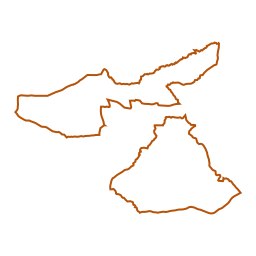 outline of Masasi, Mtwara, United Republic of Tanzania
{"feature_id": "72390352B56058142056871", "entity_name": "Masasi", "entity_type": "district", "adm_level": 2, "iso_a3": "TZA", "parent_name": "United Republic of Tanzania", "parent_adm1": "Mtwara", "projection": "orthographic", "projection_center": [38.96, -10.762], "detail": "fine", "context": "isolated", "style": "outline", "palette": "amber", "viewbox_px": 256, "rotation_deg": 0, "n_neighbors": 0, "source": "geoboundaries", "source_scale": "gbopen_adm2", "svg_char_len": 5840}
<svg xmlns="http://www.w3.org/2000/svg" viewBox="0 0 256 256"><path d="M240.6,192.8L237.8,189.3L235.8,187.3L234.3,185.3L233.2,184.3L231.3,181.5L231.0,181.2L229.5,181.2L228.9,179.9L228.3,179.6L227.9,179.0L225.9,178.4L225.0,178.7L224.3,178.7L223.4,178.1L223.2,180.6L223.0,181.1L222.8,181.2L218.7,180.8L218.2,180.4L218.8,178.8L220.4,176.5L220.2,175.3L219.6,174.8L216.9,175.2L216.3,175.0L215.8,174.2L215.5,171.2L214.2,170.5L213.2,170.3L212.4,169.6L209.6,166.3L209.3,165.2L209.5,163.4L208.8,159.1L207.7,155.9L207.0,152.5L205.5,148.8L204.0,146.3L203.4,145.4L202.0,144.1L200.6,143.8L199.1,144.1L197.7,143.0L197.1,142.2L196.2,138.6L195.0,138.0L193.7,137.8L192.9,137.4L191.8,135.8L189.0,133.8L189.1,131.9L189.5,130.8L190.8,129.7L191.2,128.8L194.1,126.5L195.1,126.1L195.2,125.7L195.1,125.1L194.8,125.0L191.0,124.9L190.2,123.7L188.7,122.9L186.4,120.2L185.3,115.2L182.9,118.1L181.9,118.4L180.1,117.3L177.8,117.8L172.5,117.0L171.8,117.1L171.1,117.7L169.6,116.8L167.5,117.1L166.3,117.0L165.7,117.4L165.9,117.9L165.5,119.2L164.6,120.4L164.7,121.6L164.4,123.2L163.1,124.7L163.0,125.3L154.7,125.3L154.6,126.4L155.3,127.8L155.5,128.6L154.2,130.7L154.1,131.2L154.5,133.3L155.2,133.9L155.8,135.1L156.4,135.6L156.2,137.1L155.0,138.6L154.4,139.0L153.9,140.0L152.0,141.2L151.6,142.2L149.6,145.0L148.2,146.0L147.5,148.4L144.1,147.7L141.4,148.0L140.8,148.5L140.1,149.7L140.1,150.2L140.3,150.5L140.2,150.8L140.6,151.1L140.5,151.3L140.7,151.6L140.0,151.7L139.7,152.7L139.1,153.1L139.3,153.9L139.1,154.3L139.7,154.6L139.8,154.9L138.9,155.9L138.8,156.6L137.9,157.9L137.4,158.3L137.1,159.0L136.1,159.4L135.9,159.8L135.5,160.1L135.4,161.6L133.2,163.4L133.6,164.8L133.4,165.4L131.1,166.6L130.3,167.5L128.8,168.8L127.6,169.4L125.1,169.9L124.4,170.2L122.7,171.6L117.1,175.0L113.8,177.7L113.0,178.0L112.1,179.1L111.4,180.9L110.3,185.6L110.2,186.6L110.4,189.3L112.3,189.3L113.3,188.9L113.8,189.2L115.2,190.6L116.1,192.6L116.0,193.5L116.7,194.1L118.3,194.1L120.2,194.9L121.1,195.6L122.1,197.3L122.6,197.7L124.0,197.8L125.7,199.9L127.5,201.5L130.3,201.2L132.8,202.2L133.0,202.6L133.3,204.6L133.5,204.9L134.4,204.9L134.8,205.2L135.5,206.3L135.0,207.2L136.7,207.8L137.2,210.1L137.8,211.1L139.3,212.0L139.9,212.7L140.3,212.4L142.1,211.9L145.1,211.9L149.6,211.1L151.0,211.3L153.4,212.2L156.4,212.4L157.6,212.7L163.2,211.7L165.5,212.0L167.6,211.7L170.6,210.9L175.1,210.4L178.3,209.6L183.2,209.4L186.7,208.5L189.2,207.1L191.1,206.9L194.0,207.4L197.9,209.2L200.3,209.7L209.0,213.1L210.6,213.4L212.8,213.3L214.5,212.7L218.8,209.4L222.1,208.0L228.1,203.2L229.3,201.7L231.0,199.1L232.3,197.7L234.4,196.2L240.6,192.8ZM194.5,50.3L195.3,51.4L195.9,53.4L195.6,53.6L193.8,52.9L191.1,53.5L190.9,54.4L189.3,54.2L188.4,55.2L187.4,57.1L186.2,57.7L185.2,58.0L184.4,57.7L183.7,57.8L183.0,57.5L182.9,58.4L181.9,58.8L181.9,59.2L181.6,59.4L180.6,59.5L176.8,62.7L176.3,62.5L176.3,62.9L175.9,62.9L175.6,63.3L174.7,63.2L174.5,64.0L174.2,64.2L173.4,64.2L172.5,64.6L172.2,64.1L171.5,63.9L170.5,64.8L169.9,64.9L169.4,65.5L168.7,65.7L167.5,65.2L167.2,65.5L166.7,65.3L166.2,65.4L165.5,66.3L164.8,66.6L164.1,66.6L163.4,66.1L160.6,66.8L160.4,67.3L159.6,67.4L159.5,67.9L159.8,68.7L159.7,68.9L158.4,69.7L156.3,69.6L155.7,70.5L154.9,71.1L154.2,72.6L152.9,73.3L151.3,73.6L149.7,73.5L148.2,74.4L147.4,74.2L147.2,73.9L145.9,74.3L144.8,74.2L142.7,76.2L141.1,76.6L141.0,79.6L140.1,80.1L139.8,80.5L139.5,81.5L139.7,82.0L139.3,82.4L138.9,83.4L137.5,82.9L132.9,83.6L131.9,83.3L129.6,84.5L128.8,84.5L127.0,83.9L125.2,84.2L123.7,83.8L122.0,84.2L121.1,84.0L119.9,83.3L117.4,83.8L115.6,83.4L114.2,81.7L113.8,80.6L113.0,79.6L112.5,79.6L112.0,78.5L110.9,77.3L109.9,77.7L109.1,77.1L108.1,75.0L108.0,73.0L106.5,70.3L104.5,69.1L104.0,69.3L103.5,69.8L101.1,74.2L100.0,74.3L96.6,75.1L87.4,75.0L82.0,79.2L79.7,80.5L78.5,81.8L74.8,84.1L73.8,84.2L73.0,84.8L72.3,84.7L70.9,85.2L66.7,87.0L61.9,90.1L55.4,92.3L47.6,95.8L34.7,95.8L31.5,95.4L27.8,95.8L20.9,95.3L19.6,95.7L18.0,96.5L17.8,99.9L18.0,104.5L17.6,109.0L17.0,110.2L15.4,112.1L17.1,114.1L18.1,115.8L20.0,117.3L24.1,119.7L25.9,120.5L29.4,120.5L30.7,121.2L35.5,123.0L41.2,126.5L42.5,126.8L44.2,126.8L46.5,127.3L52.6,131.3L57.0,132.2L58.7,131.9L60.4,132.9L61.9,134.4L64.3,134.7L66.7,137.5L68.1,136.7L70.3,136.9L71.4,136.6L72.3,136.9L74.8,136.5L76.7,136.8L79.0,136.6L81.1,136.1L83.6,136.5L85.2,136.0L89.7,135.8L91.1,135.5L94.3,135.3L95.3,135.0L99.4,134.9L99.3,133.7L99.5,132.4L100.4,128.1L104.1,125.3L104.6,125.3L104.2,125.0L104.0,124.4L103.4,121.3L101.7,116.6L101.0,113.9L100.8,110.3L101.0,106.7L103.1,106.6L105.1,107.0L106.6,106.6L108.6,107.1L109.5,106.9L109.8,106.1L109.5,104.2L108.8,102.1L107.6,99.6L116.8,101.9L119.5,103.4L124.4,107.6L130.0,108.5L130.6,108.4L131.2,107.2L129.9,100.7L133.6,100.6L134.7,101.0L135.7,99.9L138.3,100.2L138.9,100.5L139.9,100.5L142.0,103.3L144.6,103.8L149.0,104.0L151.7,104.4L153.3,104.2L156.1,103.2L157.1,103.2L157.7,103.4L158.5,105.2L159.9,105.4L168.2,105.9L169.7,105.7L171.1,105.5L172.4,104.9L175.8,104.1L179.5,103.8L178.0,102.4L177.9,99.9L177.6,99.6L176.5,99.5L175.9,98.9L175.0,96.6L173.6,95.3L172.1,92.6L171.1,91.8L170.3,89.8L169.0,89.4L168.0,87.8L166.6,86.7L166.5,86.2L167.5,85.7L168.1,84.5L169.4,84.9L170.1,84.4L170.8,83.4L171.8,83.3L173.1,82.4L174.0,82.8L178.5,82.6L180.0,83.2L181.9,84.3L183.4,84.8L183.9,84.8L186.3,83.9L190.7,83.7L191.9,83.3L194.2,81.9L195.1,80.0L196.5,80.1L197.4,79.9L198.4,78.4L199.2,78.5L199.8,78.1L200.0,76.2L200.4,75.3L202.7,75.0L204.4,72.6L207.3,69.9L213.9,65.4L214.6,65.0L215.9,64.8L216.6,64.1L216.9,62.1L217.8,59.0L217.9,57.2L217.5,55.8L217.5,55.0L218.0,51.1L218.8,47.8L218.9,43.4L218.7,43.2L218.6,43.4L216.9,43.9L216.2,43.0L214.6,42.6L214.0,43.2L211.2,43.6L208.2,45.4L206.8,45.9L207.0,46.6L206.3,47.5L205.7,48.0L204.5,48.3L204.1,48.9L203.6,49.0L202.9,49.8L202.5,50.0L202.3,50.4L201.7,50.4L201.4,50.1L200.8,50.3L200.1,51.2L199.4,51.6L196.2,50.0L195.0,50.4L194.5,50.3Z" fill="none" stroke="#b45309" stroke-width="2"/></svg>